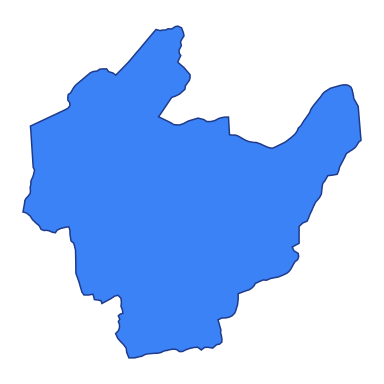 outline of Iguatu, Ceará, Brazil
{"feature_id": "56859067B45961762145701", "entity_name": "Iguatu", "entity_type": "district", "adm_level": 2, "iso_a3": "BRA", "parent_name": "Brazil", "parent_adm1": "Ceará", "projection": "robinson", "projection_center": [-39.268, -6.353], "detail": "fine", "context": "isolated", "style": "filled", "palette": "blue", "viewbox_px": 384, "rotation_deg": 0, "n_neighbors": 0, "source": "geoboundaries", "source_scale": "gbopen_adm2", "svg_char_len": 3399}
<svg xmlns="http://www.w3.org/2000/svg" viewBox="0 0 384 384"><path d="M33.2,167.4L34.6,170.1L33.7,173.7L33.0,176.4L30.9,181.0L30.8,184.8L30.1,187.6L30.4,190.2L30.3,193.1L28.5,195.8L26.1,198.3L24.9,200.4L24.4,204.2L23.0,212.0L26.5,213.0L30.2,216.0L32.4,219.5L35.0,222.1L36.9,223.8L39.3,225.8L41.1,229.4L43.9,230.5L46.6,230.3L49.1,230.8L52.0,232.1L55.3,232.8L57.2,230.1L60.8,228.4L65.1,227.4L68.7,226.7L69.9,230.0L70.0,234.3L70.6,238.3L71.1,241.0L73.8,243.3L75.5,250.0L75.8,262.4L75.9,273.3L78.7,281.0L81.9,292.0L84.0,295.0L88.6,295.0L92.9,294.2L93.8,297.0L94.4,299.6L97.8,300.0L101.1,300.8L101.9,303.5L111.0,298.6L114.7,296.1L118.0,295.3L120.9,298.2L121.4,302.3L121.0,306.3L122.4,309.9L122.9,313.3L120.3,314.1L118.3,315.8L119.8,319.3L118.3,321.6L119.4,324.1L119.5,327.6L118.4,330.7L115.6,333.6L117.7,338.2L120.3,341.3L123.2,344.2L126.2,348.1L126.7,352.4L127.9,355.4L129.0,357.9L135.1,357.8L139.2,356.7L141.8,356.3L144.2,354.9L147.1,353.9L149.8,353.7L153.0,353.4L157.8,353.2L161.0,352.5L163.9,351.0L167.6,350.3L170.0,349.6L173.6,349.1L176.7,349.6L179.5,351.6L182.5,351.5L186.1,349.7L190.2,348.3L194.3,347.4L197.8,347.3L201.3,350.0L204.6,347.4L208.1,347.3L212.7,348.1L216.7,344.6L219.4,344.2L221.9,342.0L221.9,339.0L221.4,335.8L220.6,332.9L220.9,329.9L219.9,326.5L218.9,322.7L217.9,319.9L221.9,318.0L225.7,317.9L228.8,317.3L232.1,315.8L234.8,313.0L236.0,309.9L237.6,304.5L238.2,298.7L238.2,293.7L245.3,291.0L249.2,289.8L251.9,288.0L253.9,286.0L255.4,283.4L259.5,281.5L263.0,280.0L266.6,280.2L270.2,278.6L274.4,277.7L278.0,277.1L282.5,275.3L286.9,273.2L288.9,271.5L290.7,269.3L294.7,262.0L297.7,259.6L298.7,256.4L298.2,253.4L293.8,250.7L292.3,247.0L296.8,244.5L299.1,243.3L299.1,234.1L299.1,226.4L302.9,222.9L307.1,221.2L308.6,217.9L309.7,214.8L311.5,211.1L313.5,206.4L315.5,202.3L318.3,199.1L319.9,197.0L321.4,193.9L322.2,186.2L322.8,183.4L324.9,180.9L327.8,175.7L332.6,175.1L337.2,174.3L338.7,170.6L339.7,166.8L341.8,162.8L344.6,157.4L346.4,153.5L353.3,149.0L355.3,147.3L356.8,145.3L358.7,142.1L361.0,140.4L358.2,106.4L353.8,98.5L353.3,95.0L352.1,89.6L350.9,87.1L348.4,85.4L346.0,84.8L343.4,84.9L340.4,85.4L330.3,88.3L324.6,91.9L322.4,94.1L320.8,96.6L318.4,99.5L316.3,102.1L314.3,104.5L311.1,108.9L309.7,112.5L306.2,117.6L303.8,120.9L300.8,125.8L298.3,128.1L297.1,131.1L295.2,133.9L291.7,137.1L285.4,142.0L276.8,146.3L272.3,148.3L268.1,147.4L263.5,145.4L260.2,143.8L256.3,142.5L253.6,142.4L249.3,141.7L245.8,140.4L241.7,138.1L238.3,136.1L235.5,135.1L232.5,135.1L229.5,134.8L228.5,117.1L225.1,117.1L221.8,117.6L219.0,118.4L214.5,120.7L210.4,121.6L206.7,121.5L203.9,119.6L198.1,118.1L188.6,120.9L183.0,123.8L179.3,125.0L175.8,124.8L173.4,124.5L171.3,123.0L167.3,121.0L158.6,116.8L161.8,112.1L171.7,97.4L175.4,96.1L179.6,94.0L182.8,91.2L184.9,89.3L185.4,85.9L187.4,83.0L189.4,80.2L190.1,77.6L190.0,74.6L186.8,70.9L184.2,67.8L180.4,64.5L177.8,62.2L179.6,57.9L180.8,55.6L179.3,53.4L179.0,50.4L180.2,47.9L181.4,45.5L180.5,42.1L181.6,39.6L184.0,35.9L183.4,32.7L181.6,27.9L177.9,26.1L175.3,26.6L171.7,28.9L168.0,28.8L165.6,30.0L163.0,30.0L160.1,30.6L156.0,29.5L149.7,36.9L139.2,49.5L136.9,52.1L128.4,62.2L115.8,75.1L113.0,73.0L108.7,71.7L106.6,68.9L103.0,68.9L99.6,69.2L97.0,71.1L93.3,71.5L90.3,72.8L75.9,84.9L73.6,87.7L72.1,90.3L70.6,92.9L68.2,94.5L67.8,97.6L67.9,100.3L69.6,102.4L70.0,105.4L68.5,107.7L66.1,109.3L30.4,126.1L30.8,130.4L33.2,167.4Z" fill="#3b82f6" stroke="#1e3a8a" stroke-width="1.5"/></svg>